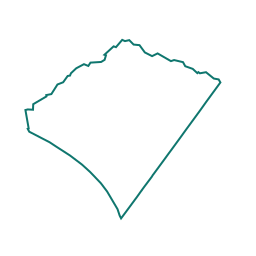 the district of Horry, South Carolina, United States of America, rotated 80°
{"feature_id": "52423323B30660787387820", "entity_name": "Horry", "entity_type": "district", "adm_level": 2, "iso_a3": "USA", "parent_name": "United States of America", "parent_adm1": "South Carolina", "projection": "natural_earth1", "projection_center": [-79.016, 33.934], "detail": "fine", "context": "isolated", "style": "outline", "palette": "teal", "viewbox_px": 256, "rotation_deg": 80, "n_neighbors": 0, "source": "geoboundaries", "source_scale": "gbopen_adm2", "svg_char_len": 1033}
<svg xmlns="http://www.w3.org/2000/svg" viewBox="0 0 256 256"><g transform="rotate(80 128 128)"><path d="M86.6,41.5L86.6,47.7L85.2,49.0L86.0,50.2L81.0,54.0L77.1,60.9L72.7,62.4L69.1,70.8L69.6,74.1L59.7,85.9L61.4,91.8L56.5,98.3L48.4,102.3L46.8,108.0L41.7,111.5L41.9,115.9L40.2,118.4L46.3,125.8L45.1,128.0L51.8,138.5L52.6,137.1L56.8,139.2L58.3,143.0L57.1,153.6L60.0,156.3L57.5,160.3L60.2,168.6L64.2,174.7L66.3,176.0L66.3,178.4L71.7,183.9L72.9,189.9L81.3,197.6L81.4,202.8L82.7,202.8L88.1,217.2L93.5,218.4L92.3,223.5L92.5,225.9L111.2,225.9L111.4,226.9L114.5,225.9L123.6,214.0L128.4,207.7L133.7,202.1L145.0,189.9L156.0,179.7L164.8,172.9L170.6,169.0L171.7,168.3L177.7,164.3L186.9,159.6L206.1,152.4L212.9,151.4L215.8,150.5L207.1,141.3L199.3,133.1L198.1,131.8L191.7,125.3L191.7,125.2L191.4,125.0L189.0,122.5L180.2,113.1L178.5,111.6L178.1,111.1L165.5,97.9L160.0,92.2L156.2,88.2L146.6,78.2L142.3,73.8L139.0,70.4L134.6,65.8L122.8,53.5L115.7,46.3L99.2,29.1L95.9,30.3L94.2,34.9L86.6,41.5Z" fill="none" stroke="#0f766e" stroke-width="2"/></g></svg>